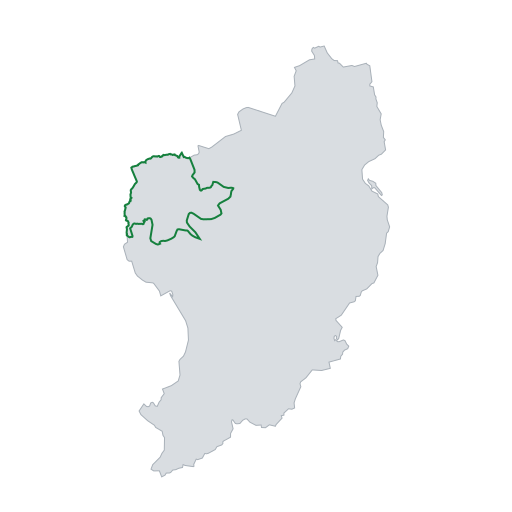 location of Razavi Khorasan within Iran, rotated 249°
{"feature_id": "IRN-3245", "entity_name": "Razavi Khorasan", "entity_type": "Province", "adm_level": 1, "iso_a3": "IRN", "parent_name": "Iran", "parent_adm1": "", "projection": "albers", "projection_center": [59.461, 35.325], "detail": "fine", "context": "in_parent", "style": "outline", "palette": "green", "viewbox_px": 512, "rotation_deg": 249, "n_neighbors": 0, "source": "natural_earth", "source_scale": "10m", "svg_char_len": 8425}
<svg xmlns="http://www.w3.org/2000/svg" viewBox="0 0 512 512"><g transform="rotate(249 256 256)"><path d="M252.9,152.8L257.8,153.3L267.1,150.7L267.9,150.0L271.0,143.9L274.3,141.3L279.8,138.1L283.4,137.2L295.7,138.1L296.7,135.6L298.8,134.4L312.1,135.5L314.1,137.4L314.9,141.0L326.0,144.4L328.2,145.5L330.9,148.2L333.2,148.9L336.1,147.7L337.9,148.6L340.8,147.9L349.5,151.8L350.7,155.8L352.3,157.6L354.2,159.3L361.1,162.4L363.2,164.2L368.3,171.5L382.4,171.2L383.3,172.7L383.2,175.9L384.3,183.4L383.2,186.2L385.1,188.6L384.9,193.3L385.7,196.6L384.2,201.2L382.5,202.1L383.5,206.1L382.1,210.0L382.3,211.5L380.1,214.8L380.0,216.1L375.9,219.2L379.0,223.7L374.4,224.0L371.5,228.8L372.3,234.5L371.6,237.5L372.1,239.1L373.3,240.2L379.6,241.3L379.8,242.0L373.1,250.4L373.5,253.6L378.5,270.4L377.8,278.8L378.6,287.4L394.8,289.6L396.7,291.8L397.9,296.5L398.0,300.1L397.5,302.0L379.5,324.2L389.1,335.0L389.5,337.4L395.4,347.9L400.8,353.3L410.1,356.0L414.5,359.9L418.3,359.5L418.1,365.0L420.0,376.2L418.9,381.4L422.3,382.4L427.3,381.4L429.2,382.4L430.2,384.2L429.0,385.3L429.3,389.7L428.1,390.7L427.6,394.9L420.1,395.3L413.1,397.4L410.5,399.0L409.1,402.1L406.8,401.8L406.1,403.0L401.1,405.2L399.5,413.8L397.6,415.9L396.4,428.1L395.2,428.3L392.8,430.4L377.2,426.7L375.6,423.8L374.0,423.2L371.8,426.1L364.0,424.5L361.4,425.0L359.7,424.2L355.6,424.1L352.3,422.4L343.8,423.8L338.7,420.7L333.2,419.8L326.4,419.8L321.0,417.4L318.1,418.3L316.8,416.6L308.6,415.0L306.1,409.5L306.1,406.7L304.2,402.0L303.7,395.0L302.0,390.0L298.7,385.8L289.5,383.0L284.6,384.1L281.0,386.4L275.0,387.5L270.3,391.9L267.6,391.5L256.5,397.3L254.1,397.1L246.2,392.5L242.7,391.5L235.3,391.2L231.4,388.2L230.5,386.1L221.2,381.0L215.6,376.6L214.1,372.7L211.7,369.7L206.2,367.1L203.1,364.4L194.3,362.9L188.6,356.4L188.7,354.4L185.6,347.6L185.4,342.7L184.7,341.4L181.8,339.2L181.4,337.9L182.4,334.9L178.6,332.7L178.1,331.2L178.6,326.5L170.2,314.4L168.9,308.0L167.2,307.6L158.5,310.9L156.2,308.3L149.3,303.6L148.5,302.0L150.4,301.5L152.1,302.4L153.3,301.7L153.0,300.3L151.3,299.3L148.8,299.1L149.3,300.4L146.9,301.3L146.2,302.8L146.3,307.5L145.2,308.7L141.2,309.1L138.6,310.3L136.6,308.4L136.4,304.9L135.2,302.6L133.3,301.6L132.0,299.2L129.6,297.9L130.8,286.1L124.5,285.1L125.6,276.2L129.5,267.7L124.4,259.0L122.5,252.6L121.0,251.3L117.9,251.0L108.5,241.5L105.2,238.9L100.3,237.6L100.1,234.6L101.7,231.6L99.9,227.1L99.4,225.8L97.4,225.0L97.9,222.4L95.3,222.2L91.4,214.3L90.1,213.1L93.6,208.0L92.3,203.3L93.9,199.7L96.4,200.2L97.9,195.3L103.0,190.8L107.2,189.1L107.8,187.6L107.4,184.7L105.4,180.9L106.2,178.0L107.1,176.7L111.4,175.6L111.7,175.0L110.0,173.7L102.9,172.7L99.5,168.7L96.0,167.3L94.9,159.4L94.4,158.4L92.8,157.9L91.9,156.3L92.0,151.2L89.9,148.5L88.9,140.7L89.1,138.9L90.0,137.4L86.6,133.5L86.8,128.5L87.8,127.4L83.8,123.2L81.9,122.7L81.8,122.0L85.9,114.7L87.4,113.2L84.9,111.6L85.5,107.8L85.3,104.5L86.0,101.5L84.6,99.0L84.4,97.6L85.5,94.4L84.0,92.5L83.6,88.8L90.1,88.8L92.0,83.5L94.6,81.6L98.2,84.8L102.5,94.4L105.5,97.5L107.6,100.8L119.2,105.5L121.9,104.9L126.0,105.6L131.9,100.9L134.4,100.5L141.1,95.8L149.2,91.7L153.2,91.3L158.1,98.3L154.7,99.9L153.9,101.4L154.1,103.0L156.5,105.0L156.6,106.8L155.6,107.6L152.2,108.2L151.0,109.9L154.3,113.2L155.8,115.9L157.7,116.7L160.4,121.0L165.3,121.0L165.3,130.5L167.2,138.6L172.1,142.4L185.3,146.3L186.7,148.0L188.5,152.4L191.7,155.8L201.7,162.8L213.1,166.6L220.8,167.1L249.7,162.0L252.4,162.1L248.0,163.6L249.6,164.5L253.2,164.7L254.1,164.0L254.3,162.9L252.9,152.8ZM285.9,389.1L283.9,391.8L281.0,393.9L278.8,393.2L270.1,396.1L267.8,395.8L267.5,394.8L277.2,391.3L277.7,390.3L277.2,388.2L280.2,389.2L283.6,387.7L286.5,387.3L287.8,388.5L285.9,389.1Z" fill="#d9dde1" stroke="#a8b0b8" stroke-width="1"/><path d="M321.6,142.8L322.0,142.8L322.4,143.3L322.5,143.4L322.8,143.5L323.0,143.5L323.3,143.4L323.6,143.4L324.3,143.6L327.0,145.0L328.2,145.3L328.8,145.3L329.1,145.4L329.4,145.6L329.5,145.7L329.5,145.9L329.5,146.0L329.8,146.7L329.8,146.9L329.9,147.3L329.9,147.6L330.0,147.9L330.3,148.2L330.6,148.3L331.9,148.5L332.2,148.6L332.6,149.0L332.9,149.0L334.5,148.9L334.8,148.7L335.1,148.4L335.2,148.0L335.4,147.7L335.7,147.5L336.1,147.4L336.4,147.6L337.3,148.4L338.0,148.7L338.4,148.8L338.8,148.8L339.0,148.7L339.2,148.4L339.4,148.4L339.8,148.5L340.0,148.5L340.2,148.4L340.4,148.1L340.5,147.8L340.6,147.6L341.6,148.2L343.0,148.6L343.7,148.9L344.0,149.1L344.7,149.2L344.9,149.4L345.5,150.0L347.9,151.7L348.3,151.7L349.3,151.3L349.7,151.4L350.1,151.7L350.4,152.2L350.5,152.5L350.4,153.0L350.5,153.3L350.5,153.6L350.4,153.9L350.3,154.1L350.4,154.6L350.7,156.1L350.9,156.5L352.1,157.4L352.4,157.8L352.5,157.9L352.5,158.0L352.4,158.1L352.4,158.3L352.3,158.5L352.7,158.7L352.8,158.9L352.9,159.0L353.1,159.1L353.8,158.8L354.1,158.9L354.4,159.2L354.5,159.6L354.6,160.0L354.7,160.4L354.9,160.6L355.1,160.5L355.2,160.4L355.5,160.0L355.8,160.0L358.4,160.8L359.6,161.8L360.3,162.2L361.7,162.4L362.4,162.7L363.0,163.5L363.6,164.9L364.5,166.2L366.4,168.5L366.8,169.1L367.3,170.5L367.7,171.1L368.3,171.5L371.2,171.4L373.7,171.3L377.6,171.2L379.7,171.1L381.6,171.1L382.5,171.2L383.2,171.3L383.4,172.1L383.5,172.4L383.6,172.6L383.6,172.9L383.6,173.2L383.6,173.4L383.5,173.6L383.4,173.8L383.3,174.1L383.3,174.3L383.4,174.7L383.1,176.5L383.0,177.6L383.3,178.2L383.2,178.3L383.1,178.5L383.3,178.6L383.6,178.9L383.6,179.0L383.8,179.5L383.8,180.0L384.1,180.6L384.4,182.0L384.5,182.7L384.5,182.8L384.5,183.0L384.3,183.2L384.2,183.4L384.1,183.6L384.1,183.8L384.1,184.0L384.0,184.3L383.9,184.4L383.7,184.5L383.6,184.8L383.6,185.3L383.6,185.5L383.4,185.7L383.0,186.1L382.8,186.3L383.1,186.4L383.5,186.5L383.9,186.7L384.2,187.0L384.5,187.3L384.7,187.6L384.9,188.0L385.0,188.4L385.1,189.2L385.2,189.6L385.2,189.9L385.1,190.4L385.2,190.6L385.2,190.8L385.1,191.4L385.1,191.5L385.1,191.9L385.1,192.0L384.8,192.3L384.7,192.4L384.8,193.0L385.1,193.5L385.5,194.2L385.7,194.4L385.9,195.4L385.9,195.8L385.8,196.3L385.6,196.7L385.2,197.2L385.0,197.7L384.8,198.4L384.7,198.6L384.3,199.2L384.2,199.4L384.2,199.9L384.3,201.0L384.1,201.4L383.8,201.6L383.3,201.7L383.0,201.7L382.7,202.0L382.6,202.5L382.6,202.9L382.6,203.2L382.8,203.5L382.6,203.8L382.6,204.1L383.3,205.0L383.3,205.3L383.2,205.5L383.3,205.7L383.5,205.9L383.0,206.6L382.9,206.9L382.8,207.8L382.6,208.7L382.5,209.1L382.5,209.3L382.2,209.8L382.1,210.0L382.2,210.3L382.3,210.7L382.3,210.9L382.2,211.7L382.1,212.4L381.5,212.6L381.4,213.0L381.1,213.7L380.5,214.1L380.1,214.5L380.1,215.1L380.2,215.6L380.1,216.2L379.9,216.5L379.7,216.5L379.2,216.5L378.9,216.8L378.8,217.0L377.9,218.0L377.6,218.3L377.1,218.4L376.1,218.5L375.6,218.8L375.4,219.3L375.6,219.3L375.9,219.5L376.0,220.1L376.7,220.4L376.9,220.6L377.1,220.9L377.4,221.5L378.8,223.3L379.0,223.7L377.6,223.8L375.7,223.9L374.4,224.0L374.5,224.5L374.2,224.8L373.4,225.3L372.7,226.0L372.1,226.8L371.6,227.8L371.5,228.8L371.6,229.1L370.1,229.4L358.5,229.5L356.0,228.6L354.2,225.7L353.2,224.8L351.2,225.5L349.5,226.5L344.0,227.3L343.4,227.9L342.9,228.3L341.0,227.7L338.0,227.3L337.0,227.7L336.7,228.3L336.8,228.9L337.6,230.1L337.4,231.6L337.0,233.2L337.2,234.2L337.1,235.1L336.6,236.3L336.3,237.6L336.4,238.5L336.9,239.0L337.3,239.4L337.5,239.9L337.7,240.5L340.5,242.7L340.0,243.7L339.8,244.3L338.9,245.8L338.0,246.7L332.1,250.6L329.4,254.5L328.7,257.2L327.9,258.6L327.4,259.1L326.9,258.8L325.4,256.3L323.8,255.3L322.6,254.7L322.2,254.4L320.6,253.4L319.4,250.6L318.2,241.0L317.4,239.6L316.7,238.6L311.8,239.6L308.1,239.0L307.3,237.6L306.3,231.1L306.5,227.3L309.0,220.3L310.3,218.0L317.8,212.9L319.6,211.2L319.9,209.8L319.3,208.3L314.0,204.1L312.0,203.5L307.3,204.6L299.9,207.9L292.2,209.6L295.3,206.0L297.8,203.9L299.9,202.7L303.8,201.4L304.4,201.0L305.2,199.2L308.6,193.7L308.9,192.2L307.7,190.8L303.5,187.1L303.0,185.8L302.5,183.1L302.3,178.8L302.6,176.4L303.4,175.0L303.9,172.9L303.5,171.1L302.8,170.7L302.2,170.6L301.9,170.7L301.9,170.1L301.8,169.3L302.0,168.3L303.1,166.9L307.5,163.5L310.4,163.7L322.2,170.6L327.2,171.4L328.6,171.1L329.3,170.5L329.9,168.7L329.8,168.0L329.1,167.6L328.9,167.3L329.0,166.6L330.1,165.5L330.0,165.0L329.4,164.7L329.1,164.1L329.0,163.5L328.7,163.6L328.4,164.3L328.0,164.4L327.6,163.7L327.2,163.2L326.3,162.6L326.2,161.8L327.0,160.9L328.1,157.7L328.7,156.8L328.9,156.1L328.9,155.7L329.1,155.3L329.6,154.7L330.0,154.0L329.9,153.1L329.4,152.1L327.8,150.5L327.4,149.6L327.2,148.8L326.9,148.4L318.9,147.9L318.2,147.4L318.5,146.6L318.7,145.8L318.7,144.8L319.4,144.1L321.6,142.8Z" fill="none" stroke="#15803d" stroke-width="2"/></g></svg>